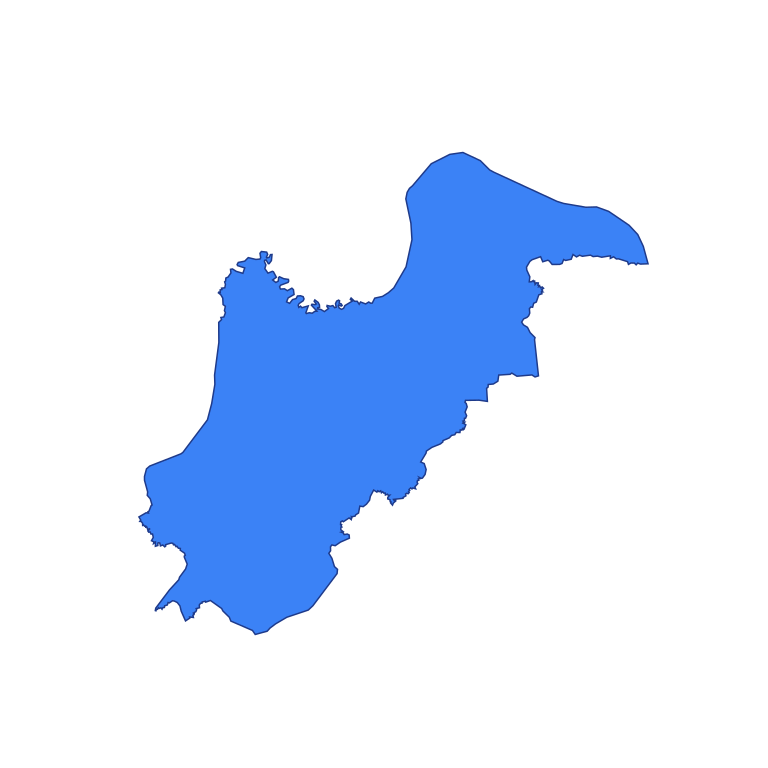 the district of Pak Khat, Bueng Kan, Thailand, rotated 71°
{"feature_id": "78962969B17401881155721", "entity_name": "Pak Khat", "entity_type": "district", "adm_level": 2, "iso_a3": "THA", "parent_name": "Thailand", "parent_adm1": "Bueng Kan", "projection": "orthographic", "projection_center": [103.357, 18.296], "detail": "fine", "context": "isolated", "style": "filled", "palette": "blue", "viewbox_px": 768, "rotation_deg": 71, "n_neighbors": 0, "source": "geoboundaries", "source_scale": "gbopen_adm2", "svg_char_len": 6166}
<svg xmlns="http://www.w3.org/2000/svg" viewBox="0 0 768 768"><g transform="rotate(71 384 384)"><path d="M356.3,95.2L338.3,94.0L325.3,95.4L313.7,100.6L293.9,115.4L285.8,125.4L282.6,135.6L271.8,155.3L267.7,160.9L219.6,211.1L216.0,214.4L204.2,220.2L190.8,234.0L188.3,247.0L191.1,267.6L205.9,292.6L207.3,296.2L210.3,299.7L216.1,303.1L240.7,306.2L256.7,310.6L280.4,325.0L296.4,343.5L299.1,350.1L300.7,356.9L299.8,364.8L303.7,368.8L303.3,370.3L301.5,371.7L302.3,375.3L298.8,379.5L300.5,381.5L297.1,382.4L296.2,384.9L292.0,387.1L293.0,388.3L295.3,387.1L297.1,395.4L299.3,397.6L299.6,399.8L297.7,401.6L295.3,401.8L294.5,401.0L296.4,399.1L296.1,398.0L294.3,398.4L292.8,400.1L290.9,398.9L289.9,399.6L290.2,401.8L292.2,403.7L295.9,404.2L295.8,405.8L293.2,406.8L293.0,409.4L291.2,412.2L292.2,412.8L294.6,411.9L296.1,416.8L292.9,419.5L291.4,422.5L290.3,421.9L290.6,420.0L288.2,419.3L285.4,419.7L282.0,422.0L283.0,423.1L286.3,422.0L286.5,423.4L285.1,426.1L285.8,427.0L293.3,423.7L292.8,425.9L293.7,428.8L292.3,431.5L292.1,434.5L291.2,434.7L285.5,430.2L285.1,436.8L283.2,437.6L283.8,439.6L281.6,439.5L280.3,438.1L279.0,433.3L277.5,431.9L275.1,432.0L273.4,434.2L272.6,437.2L274.6,439.3L274.4,443.0L277.0,447.0L274.6,449.4L271.4,446.6L270.1,439.9L265.3,438.9L263.4,439.9L264.3,445.0L261.6,447.1L260.5,451.0L258.1,451.1L256.9,449.5L256.7,441.6L255.7,440.6L254.0,440.3L251.8,444.5L248.6,447.9L249.0,448.9L252.3,450.5L252.8,453.2L249.4,455.4L248.0,451.0L241.9,452.0L241.1,452.9L241.4,457.6L236.1,459.1L233.0,456.9L229.4,457.2L228.2,456.6L228.3,455.1L232.6,454.2L232.8,453.4L230.7,450.3L225.1,447.7L224.7,449.2L226.8,451.2L226.7,453.7L225.8,453.9L223.6,451.8L221.1,452.0L218.8,456.8L220.0,458.7L224.5,459.5L225.5,460.6L224.5,464.6L220.3,471.2L222.5,475.7L221.6,482.2L223.2,484.0L224.4,483.9L228.9,477.9L233.4,481.4L229.4,487.0L225.9,489.8L225.6,491.8L229.2,492.6L232.1,496.6L232.3,499.0L235.1,500.3L235.5,501.4L238.2,501.5L241.2,503.2L240.5,506.4L241.9,506.5L241.7,508.3L244.1,509.0L243.3,510.1L243.9,510.9L246.4,509.3L250.3,508.5L256.5,510.3L258.9,508.7L262.7,511.0L264.9,510.7L268.5,513.6L268.0,516.6L270.2,516.6L271.9,520.2L290.9,526.6L320.4,541.3L329.2,544.0L346.4,553.3L360.4,562.6L383.2,596.4L383.9,598.7L385.3,632.2L386.9,636.2L393.5,640.6L397.1,641.8L409.1,642.6L412.2,644.1L416.4,642.4L422.9,642.7L423.1,643.7L427.7,647.6L427.9,648.8L429.3,648.7L428.3,650.9L429.9,659.0L433.4,658.3L434.4,659.6L434.9,658.4L437.0,657.6L439.1,658.2L439.0,657.2L440.5,656.7L440.7,655.6L441.8,655.9L441.9,654.9L444.6,654.8L444.5,652.3L446.1,655.1L447.5,654.7L447.8,653.3L450.0,653.2L450.5,651.7L453.9,652.1L456.5,654.9L458.4,652.9L459.8,653.8L459.1,651.6L463.0,653.0L463.1,650.4L460.8,649.7L460.7,648.8L461.3,647.8L464.3,648.1L464.2,645.6L466.6,644.3L466.1,643.1L464.8,642.8L465.1,637.0L465.9,635.5L467.5,635.4L467.5,634.3L470.1,633.6L470.0,632.6L472.3,631.9L473.2,630.1L474.8,630.8L479.0,627.7L481.3,627.7L481.7,628.9L482.9,629.2L490.2,628.7L494.3,631.8L500.1,640.2L502.3,641.8L508.8,653.8L521.6,672.8L523.8,674.0L524.2,673.5L522.9,672.6L523.3,671.6L522.1,670.1L523.0,669.8L523.0,667.8L524.7,667.2L523.5,665.9L523.8,664.4L522.3,663.6L522.4,660.8L520.3,659.3L521.1,658.3L520.1,654.5L521.0,652.9L523.3,650.6L527.4,649.2L532.7,649.7L543.4,648.8L542.1,643.8L541.0,643.7L542.7,640.2L540.5,640.0L540.3,639.1L538.8,638.8L539.4,638.2L538.3,637.7L538.0,636.0L536.4,634.6L535.2,634.7L535.5,631.3L532.8,630.6L531.7,628.9L531.9,627.3L530.9,626.9L531.3,623.6L532.2,623.6L532.2,618.6L543.4,610.6L546.2,610.2L554.2,606.2L558.3,606.0L574.2,588.6L578.9,587.3L579.7,574.9L577.6,571.1L575.5,564.6L572.9,551.8L573.1,529.2L570.5,523.4L548.0,490.1L544.1,488.3L540.5,490.3L531.8,490.0L526.1,491.3L524.3,488.8L520.5,487.6L519.2,485.7L521.0,482.8L519.3,476.6L518.5,466.9L515.4,466.1L513.9,467.6L513.4,470.7L511.5,471.0L510.2,472.6L510.3,470.7L507.7,472.3L505.4,471.4L505.5,470.4L504.1,470.7L503.2,469.9L502.7,470.8L500.3,469.8L499.9,468.0L501.0,467.3L499.3,460.6L501.5,459.1L499.3,458.2L500.0,458.0L499.1,457.3L499.5,454.3L498.5,453.4L497.7,450.1L491.6,446.6L493.2,443.6L491.9,439.7L489.2,435.5L485.8,433.5L480.9,428.3L483.9,425.9L482.9,424.6L484.3,423.7L483.9,421.9L486.0,421.9L485.5,420.3L487.1,419.7L487.5,418.4L489.4,418.8L489.3,416.6L490.8,416.2L491.0,414.9L492.4,417.3L493.9,417.9L495.4,416.0L497.0,416.4L497.9,415.7L498.5,416.5L501.3,415.4L499.6,413.9L498.4,410.9L497.4,410.8L497.5,412.3L496.2,412.6L498.3,403.2L497.5,402.9L496.9,399.7L495.0,399.4L494.7,398.0L495.6,396.9L494.8,395.5L493.7,395.8L493.0,394.3L491.9,394.7L490.9,392.6L492.3,391.7L491.7,390.6L493.4,388.2L491.3,388.3L489.2,384.5L487.6,384.7L486.2,383.8L486.4,382.5L484.9,382.4L485.2,380.7L483.8,381.1L485.3,379.6L485.5,378.3L482.9,374.6L478.6,372.0L472.3,371.9L469.7,374.7L463.1,366.8L461.2,365.7L459.5,359.3L459.0,350.1L457.9,347.2L456.7,346.6L456.2,339.8L454.6,336.8L455.0,333.6L453.3,331.5L454.6,328.0L452.2,326.8L452.8,325.9L451.7,323.9L453.1,324.1L452.8,323.0L449.2,319.9L447.4,321.4L446.6,320.3L446.5,322.0L445.5,321.0L444.8,321.4L444.8,319.9L442.6,319.1L442.9,318.0L440.9,316.2L437.0,316.5L432.7,312.8L429.2,312.6L427.7,313.4L426.0,312.3L430.2,299.5L434.1,291.9L421.5,288.4L420.8,286.6L418.4,285.6L419.6,280.6L418.4,275.4L412.9,272.6L415.9,261.6L415.3,259.6L419.9,255.8L423.6,241.2L426.5,238.9L426.6,235.3L391.0,227.2L389.3,226.1L383.0,229.1L377.1,229.9L373.5,232.9L370.3,233.7L367.9,230.8L367.6,227.1L366.6,225.0L364.4,223.1L360.1,222.0L359.0,220.1L359.8,218.5L356.4,216.2L356.1,213.3L350.1,208.6L350.1,205.3L348.4,205.2L348.6,203.9L347.6,204.6L346.9,203.6L345.9,204.1L345.4,202.0L343.7,202.9L344.1,204.4L342.6,204.8L342.4,206.1L341.4,205.0L340.7,206.3L338.7,205.2L337.9,207.1L339.0,208.7L335.7,208.1L335.8,209.4L334.8,209.3L335.3,211.5L334.7,213.4L330.1,211.2L322.8,211.9L319.9,211.2L315.6,206.2L314.7,203.5L314.6,194.5L320.1,194.1L320.3,188.8L321.4,187.7L325.7,186.1L328.1,179.0L328.0,176.4L324.8,173.6L326.3,172.1L327.0,166.4L323.1,163.1L326.5,160.6L325.9,157.1L327.8,154.9L329.4,146.8L331.6,144.8L332.6,140.5L335.0,136.9L336.5,128.2L338.9,129.1L338.5,125.5L341.4,123.6L342.0,121.5L347.6,113.9L350.5,113.9L350.0,111.1L351.2,107.9L353.4,106.8L352.3,104.7L354.1,102.5L356.3,95.2Z" fill="#3b82f6" stroke="#1e3a8a" stroke-width="1.5"/></g></svg>